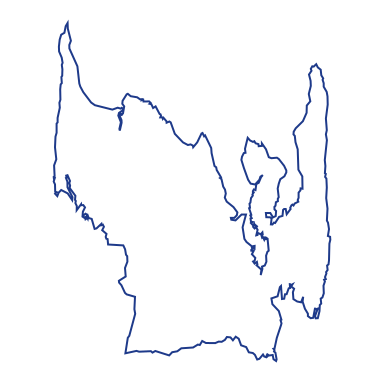 Micheweni, Kaskazini-Pemba, United Republic of Tanzania
{"feature_id": "72390352B10041948883658", "entity_name": "Micheweni", "entity_type": "district", "adm_level": 2, "iso_a3": "TZA", "parent_name": "United Republic of Tanzania", "parent_adm1": "Kaskazini-Pemba", "projection": "equal_earth", "projection_center": [39.804, -4.957], "detail": "fine", "context": "isolated", "style": "outline", "palette": "blue", "viewbox_px": 384, "rotation_deg": 0, "n_neighbors": 0, "source": "geoboundaries", "source_scale": "gbopen_adm2", "svg_char_len": 5977}
<svg xmlns="http://www.w3.org/2000/svg" viewBox="0 0 384 384"><path d="M269.2,355.5L272.7,355.0L273.5,359.2L276.1,361.0L276.6,359.4L275.4,352.6L274.0,351.5L274.5,350.2L273.5,348.8L274.5,348.6L276.8,337.9L281.0,325.2L281.5,323.3L280.5,320.2L281.4,319.7L278.8,311.0L272.4,304.2L271.4,298.4L277.6,296.3L279.9,287.1L281.0,286.0L282.0,299.0L284.2,298.7L285.0,294.3L286.6,294.2L288.7,288.3L290.1,288.0L289.7,283.1L289.9,285.6L292.5,284.3L291.2,286.5L294.1,288.7L292.9,292.2L293.4,299.1L297.2,301.5L301.1,302.3L303.2,296.8L302.6,301.6L304.9,308.7L307.9,313.7L307.9,316.1L310.7,318.2L313.2,317.8L315.1,307.8L315.3,309.5L317.8,308.6L315.1,315.9L315.7,318.3L317.8,318.2L319.5,311.1L319.8,305.0L321.2,303.6L320.7,298.6L322.4,297.5L323.8,293.3L323.5,285.7L324.9,281.5L324.1,279.7L325.8,279.1L325.0,277.1L326.4,273.5L326.1,272.1L327.6,270.0L327.1,265.5L328.5,264.4L329.0,260.4L329.4,243.6L330.3,239.8L330.1,236.8L327.9,236.0L329.0,229.1L328.0,222.7L326.9,220.6L327.5,208.6L326.2,198.1L326.8,187.5L326.4,178.6L325.1,176.9L325.8,173.9L324.9,173.2L325.4,166.0L324.8,160.1L326.9,140.1L325.9,134.3L326.8,130.2L325.9,118.5L327.7,104.6L327.5,96.4L326.7,91.9L323.7,86.7L323.7,83.2L322.6,79.8L323.2,78.4L321.3,75.3L320.7,69.7L317.8,67.4L316.2,64.2L313.7,66.6L312.3,66.3L310.8,68.9L311.5,70.8L309.0,74.5L310.6,80.9L310.8,85.9L308.8,94.0L310.3,101.3L306.8,105.5L306.6,112.8L302.9,121.2L295.7,128.3L293.7,131.7L293.5,134.4L294.8,135.9L295.5,142.2L297.7,149.3L298.4,169.7L302.3,176.4L302.5,188.7L300.6,188.4L300.4,190.4L298.6,192.6L298.6,197.8L297.7,200.1L298.3,201.7L294.7,203.5L293.5,205.5L292.4,204.6L291.4,205.4L290.2,207.9L290.6,209.0L286.7,214.2L285.7,209.0L284.1,209.0L283.1,209.9L282.5,215.9L279.1,216.9L275.1,223.0L274.0,222.6L272.4,224.5L270.9,224.4L271.6,218.5L270.1,217.3L266.3,217.2L265.9,213.0L270.3,213.0L273.0,217.4L275.7,216.1L276.1,211.0L274.5,209.4L274.4,206.9L275.5,205.7L275.9,202.2L277.9,201.2L277.8,198.8L278.7,197.2L277.7,188.5L278.8,183.6L280.3,179.2L284.4,176.3L286.3,172.4L286.3,170.4L284.1,165.8L278.8,159.0L276.9,157.7L271.4,158.2L268.8,157.2L266.0,149.3L261.9,143.4L261.9,145.9L258.7,146.2L258.4,144.1L255.6,143.3L254.3,141.2L253.0,141.9L250.1,140.5L247.7,137.8L245.0,148.8L245.5,152.8L243.8,153.1L242.0,156.7L241.4,159.9L243.9,168.0L248.1,179.7L250.6,183.6L255.1,184.5L259.4,179.8L260.4,176.7L262.8,175.1L261.1,177.1L258.7,182.8L256.3,184.1L255.5,190.0L253.9,189.4L252.9,191.1L252.9,192.6L253.6,192.6L252.4,194.6L252.8,195.6L251.0,198.1L250.4,202.6L249.5,203.7L250.0,207.8L249.1,208.2L251.3,214.9L250.3,215.4L251.7,218.1L250.5,218.5L251.0,221.7L252.6,222.0L251.0,223.1L253.1,225.4L254.2,223.7L254.5,224.6L253.1,226.8L254.6,228.5L255.8,227.6L255.8,225.4L257.0,226.4L256.2,227.6L257.6,229.8L256.3,235.3L257.5,235.0L257.8,232.9L260.7,234.3L262.4,232.4L262.7,234.4L261.4,235.2L262.1,237.6L262.8,236.9L263.9,239.1L264.4,236.7L264.7,238.8L265.3,237.4L266.5,237.8L266.2,239.1L267.6,239.0L268.7,250.7L267.4,251.8L266.1,255.7L266.4,261.7L264.8,265.5L262.0,266.6L262.4,268.9L260.7,275.1L261.4,269.6L256.6,265.3L257.4,264.5L256.9,261.9L254.6,263.6L253.1,261.5L254.6,260.8L255.3,257.9L251.9,254.2L253.6,251.0L251.3,250.7L251.3,249.8L252.6,248.6L254.5,248.9L254.6,245.9L253.0,246.2L253.7,248.4L251.9,247.6L251.7,246.2L246.5,242.0L244.4,238.9L242.6,227.3L246.0,214.5L241.6,214.5L235.5,220.4L231.3,219.7L230.9,217.9L234.3,217.9L236.8,215.3L237.4,212.4L233.5,207.1L226.7,201.6L224.8,197.6L225.8,193.6L225.0,189.6L223.2,186.6L221.5,179.1L220.0,178.0L221.0,177.3L216.7,170.0L216.2,167.3L214.5,166.0L211.6,153.2L211.2,148.0L205.1,135.4L204.1,136.3L202.5,133.0L201.5,133.5L197.2,142.4L193.2,147.2L192.9,145.6L190.6,144.4L187.9,145.0L183.0,142.4L174.8,133.8L170.7,122.4L169.4,121.5L166.6,122.7L166.5,121.3L163.5,117.8L162.8,118.8L162.4,117.4L160.3,117.4L161.0,115.7L160.5,114.3L159.6,114.0L155.6,106.4L153.1,108.0L151.4,104.3L149.6,103.8L150.6,102.9L149.1,101.4L143.5,101.5L143.2,99.6L141.6,100.2L141.8,99.2L140.0,99.3L137.2,97.3L130.7,96.2L127.8,93.8L126.7,94.3L122.6,100.8L122.3,103.8L124.2,106.4L123.0,113.3L121.7,115.0L120.7,114.7L120.8,112.9L119.4,115.2L121.5,120.1L121.6,122.7L119.8,130.6L119.4,128.9L120.9,122.2L118.3,115.6L119.0,112.9L122.7,110.3L123.0,108.9L121.8,107.8L120.7,108.6L117.7,107.7L112.4,109.6L94.9,105.2L91.1,102.5L83.3,92.2L80.3,86.6L79.3,83.5L77.4,66.3L69.4,48.5L69.3,45.0L70.9,40.8L67.8,28.6L67.6,23.0L65.7,26.2L64.4,32.8L61.2,34.7L59.7,39.6L58.9,46.7L59.1,51.5L61.7,57.6L62.6,62.8L61.8,64.9L62.4,69.3L62.2,75.8L61.4,77.0L61.8,83.1L60.7,84.4L60.2,89.3L60.4,99.7L59.4,102.8L59.8,107.7L57.6,117.9L57.6,122.4L56.6,123.6L56.6,132.8L55.5,136.6L55.0,147.3L56.3,159.3L54.1,165.4L54.6,176.2L53.7,176.9L53.9,178.5L54.7,178.3L53.7,181.5L55.0,184.4L55.2,191.7L56.7,192.2L55.1,193.7L57.3,196.1L58.6,192.7L61.2,190.0L67.7,193.4L72.2,200.1L72.5,197.2L67.5,187.3L67.4,181.7L66.0,178.0L66.6,177.8L66.2,175.6L67.5,175.2L70.0,181.0L69.3,183.0L70.1,185.6L69.7,188.0L75.4,195.8L75.0,199.8L75.8,201.0L75.4,203.1L76.8,206.0L76.7,210.2L81.1,204.2L81.2,205.2L83.3,205.1L85.0,207.4L82.9,211.7L82.5,216.6L83.4,217.2L83.5,215.3L85.5,213.7L87.1,214.7L86.6,216.6L85.0,217.2L85.5,219.3L87.4,218.0L87.8,218.8L88.2,216.7L88.7,218.0L91.7,218.9L94.6,228.9L96.5,228.4L101.3,223.9L101.4,225.2L102.8,224.6L103.9,226.8L102.2,230.2L106.5,233.9L105.7,236.9L106.3,238.7L107.6,239.1L108.1,244.5L123.3,245.4L125.1,249.3L126.0,254.7L127.2,256.2L127.4,261.7L125.0,268.0L125.7,276.5L118.9,280.8L119.1,282.6L121.4,285.2L125.0,292.9L126.7,294.4L135.0,296.8L134.4,309.2L135.2,313.8L129.3,335.8L127.8,337.8L125.4,353.3L136.5,350.9L139.1,351.7L150.9,351.2L152.5,352.6L155.3,351.0L169.2,355.4L172.2,352.2L177.3,351.3L181.3,348.3L193.1,347.5L197.8,344.6L199.8,345.0L202.2,341.0L205.9,343.0L215.2,343.1L218.7,341.6L221.7,341.8L224.9,339.9L226.9,337.0L230.5,337.4L232.9,340.3L235.7,336.7L238.7,338.7L241.1,345.3L246.2,347.1L248.8,352.3L252.8,353.0L254.9,354.8L257.2,359.5L259.4,358.8L263.0,354.5L264.2,356.5L266.4,357.3L267.5,356.3L266.7,355.3L267.3,354.3L269.2,355.5Z" fill="none" stroke="#1e3a8a" stroke-width="2"/></svg>